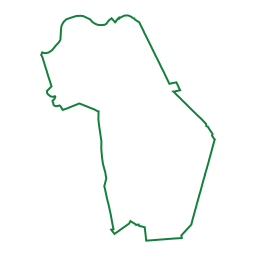 outline of Saravale, Timis, Romania
{"feature_id": "2599482B63944101877376", "entity_name": "Saravale", "entity_type": "district", "adm_level": 2, "iso_a3": "ROU", "parent_name": "Romania", "parent_adm1": "Timis", "projection": "robinson", "projection_center": [20.709, 46.077], "detail": "fine", "context": "isolated", "style": "outline", "palette": "green", "viewbox_px": 256, "rotation_deg": 0, "n_neighbors": 0, "source": "geoboundaries", "source_scale": "gbopen_adm2", "svg_char_len": 3997}
<svg xmlns="http://www.w3.org/2000/svg" viewBox="0 0 256 256"><path d="M181.8,238.0L181.7,237.1L181.4,235.9L181.3,235.6L181.5,235.3L181.6,235.1L181.9,234.8L183.1,233.5L185.1,231.4L187.0,229.3L188.8,227.3L190.5,225.5L191.3,224.6L191.4,224.2L192.0,221.9L192.5,219.8L193.1,217.6L193.7,215.6L194.1,214.0L194.6,212.2L195.2,209.9L195.9,207.6L196.5,205.3L197.0,203.3L197.7,201.0L198.3,198.8L198.9,196.6L199.5,194.3L200.1,192.4L200.2,192.2L200.8,190.0L201.4,187.7L202.0,185.5L202.6,183.2L202.9,182.0L203.2,181.0L203.9,178.6L204.5,176.6L204.8,175.7L205.0,175.3L205.0,175.1L204.8,174.9L204.9,174.6L205.4,173.1L206.0,170.9L206.8,168.5L207.4,166.1L208.1,163.9L208.6,161.9L209.2,159.6L209.7,157.8L210.3,155.6L211.0,153.1L211.8,150.0L213.0,145.6L214.2,141.3L214.8,139.5L214.5,139.2L214.3,139.2L214.0,138.7L212.7,136.7L212.0,135.6L212.6,134.4L212.6,134.1L211.8,132.8L210.1,130.3L208.8,128.3L208.5,127.9L208.3,127.5L208.3,127.2L207.9,126.8L206.9,126.3L206.4,126.2L206.0,123.8L201.5,119.1L199.3,117.0L197.0,114.9L194.7,112.6L192.7,110.7L190.6,108.6L188.1,106.1L186.4,104.4L184.9,102.9L183.2,101.3L181.1,99.2L178.9,96.9L177.3,95.5L175.1,93.2L173.4,91.6L175.2,91.4L175.8,91.2L178.5,90.6L180.1,90.2L179.7,89.4L179.2,88.4L178.7,87.3L178.3,86.3L177.9,85.4L177.3,84.3L176.4,82.4L175.6,82.6L175.4,82.5L172.1,83.2L169.4,83.8L168.9,82.8L168.0,81.0L167.0,78.8L165.2,75.1L164.1,72.7L162.4,69.3L161.4,67.4L160.5,65.7L160.4,65.2L159.3,63.1L158.7,61.8L157.6,59.6L156.7,57.8L155.7,55.9L154.6,53.6L153.5,51.4L152.5,49.4L151.6,47.5L151.1,46.4L151.0,46.2L150.7,45.6L150.0,44.2L149.0,42.2L147.9,39.9L146.8,37.7L145.9,36.0L145.1,34.3L144.5,33.3L144.0,32.1L143.4,30.7L142.8,29.5L141.4,26.7L140.4,24.8L140.0,23.8L139.6,23.1L139.3,22.3L137.8,21.4L137.0,20.9L135.0,19.6L134.8,19.4L134.5,18.8L134.2,18.4L133.3,18.2L130.7,16.5L128.5,15.6L127.0,15.4L125.0,15.6L124.8,15.6L123.6,15.9L122.9,16.3L122.3,16.7L121.7,17.0L120.9,17.3L120.3,17.6L119.8,17.9L119.7,18.0L119.7,17.9L119.7,17.7L119.7,17.4L119.3,17.4L119.1,17.5L118.9,17.7L118.8,17.8L118.7,18.1L118.3,18.3L118.2,18.4L118.1,18.5L118.1,18.9L117.9,19.0L117.4,19.2L117.4,19.4L117.3,19.6L117.1,19.8L116.9,20.0L116.6,20.2L116.4,20.3L116.4,20.5L116.2,21.1L116.0,21.5L115.7,21.8L115.4,22.1L115.2,22.2L115.1,22.3L111.6,18.3L108.7,20.6L106.3,23.8L104.7,24.8L101.8,25.1L98.0,24.9L95.2,23.8L92.6,22.2L90.0,19.3L83.3,16.1L80.7,15.8L76.4,16.0L70.0,18.0L66.2,19.4L63.5,22.0L61.6,25.6L61.1,28.5L60.4,39.8L58.8,42.4L55.7,45.7L52.1,50.2L48.6,52.5L45.7,53.2L42.8,52.7L42.2,52.4L41.4,54.6L41.2,54.9L41.2,55.1L41.6,55.7L42.4,57.1L43.1,59.4L44.8,65.0L46.6,70.7L48.3,76.4L50.2,82.1L51.5,86.3L51.3,86.6L50.1,87.8L46.9,91.0L47.1,92.8L47.5,93.7L48.0,94.3L49.8,95.8L51.0,96.5L53.1,96.8L53.5,96.8L53.8,96.7L54.6,96.2L55.2,96.4L55.3,96.8L54.5,98.9L54.1,99.4L52.9,100.3L52.7,100.5L52.6,100.8L52.5,101.1L52.5,101.4L53.3,103.0L53.3,103.6L53.4,104.2L53.6,104.8L54.1,105.5L54.6,105.8L55.5,106.0L56.2,106.1L56.8,106.1L57.3,106.0L58.1,105.9L58.4,105.8L59.0,105.6L59.6,105.5L60.3,106.0L60.6,106.4L62.7,109.9L67.7,108.2L70.4,107.0L75.8,104.9L79.2,103.5L79.9,103.7L87.0,106.5L89.9,107.7L94.4,109.5L96.7,110.7L97.7,111.3L98.0,111.4L98.6,111.4L98.5,113.0L98.5,116.5L98.4,118.1L98.4,119.3L98.4,120.0L98.6,120.3L98.6,121.4L98.9,124.0L99.7,129.8L99.8,130.2L100.0,131.7L100.7,136.6L101.4,141.4L101.4,142.8L101.3,146.9L101.3,148.0L101.3,148.4L101.3,148.8L101.7,153.8L101.9,155.2L102.0,157.6L102.1,158.0L102.7,162.1L102.9,163.8L103.1,164.5L103.4,165.7L104.1,168.1L104.2,168.7L105.1,171.5L106.3,178.5L104.3,186.2L105.1,189.5L105.4,190.9L106.3,195.2L107.8,201.9L108.1,202.6L109.4,208.3L110.7,214.4L112.3,223.2L113.5,229.3L111.3,229.7L112.3,231.1L114.5,233.9L123.8,227.3L129.2,223.5L130.4,221.1L135.8,224.4L135.9,224.7L135.9,224.8L136.0,224.9L136.1,225.0L136.9,224.8L138.6,224.5L139.0,225.8L143.4,226.9L144.7,227.2L145.1,230.7L145.4,233.1L145.7,235.9L146.2,240.6L149.9,240.4L155.1,240.0L162.4,239.4L163.3,239.4L164.1,239.3L167.6,239.0L174.3,238.5L174.5,238.5L181.1,238.1L181.8,238.0Z" fill="none" stroke="#15803d" stroke-width="2"/></svg>